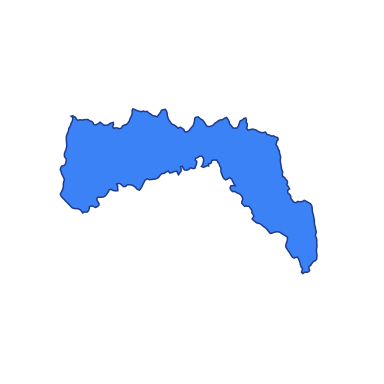 Bom Jesus do Itabapoana, Rio de Janeiro, Brazil (Robinson projection), rotated 138°
{"feature_id": "56859067B13557448343202", "entity_name": "Bom Jesus do Itabapoana", "entity_type": "district", "adm_level": 2, "iso_a3": "BRA", "parent_name": "Brazil", "parent_adm1": "Rio de Janeiro", "projection": "robinson", "projection_center": [-41.691, -21.09], "detail": "fine", "context": "isolated", "style": "filled", "palette": "blue", "viewbox_px": 384, "rotation_deg": 138, "n_neighbors": 0, "source": "geoboundaries", "source_scale": "gbopen_adm2", "svg_char_len": 5294}
<svg xmlns="http://www.w3.org/2000/svg" viewBox="0 0 384 384"><g transform="rotate(138 192 192)"><path d="M200.2,224.4L198.0,224.2L195.7,223.5L195.8,221.0L194.1,219.9L191.5,219.1L189.3,217.5L190.1,215.6L190.5,213.8L188.1,214.4L186.3,214.8L184.9,216.0L183.5,218.4L181.9,217.5L182.8,215.0L182.7,213.2L181.0,211.5L179.3,211.0L176.9,210.9L175.3,208.4L173.9,207.7L171.4,209.1L169.3,210.2L168.0,211.5L168.2,213.9L166.6,214.5L164.2,213.7L162.1,213.5L160.6,211.8L161.2,208.7L162.6,207.4L164.1,206.3L165.4,205.2L167.9,204.7L167.0,202.6L165.1,202.0L163.6,201.8L162.2,200.2L161.0,201.9L159.6,201.0L158.0,200.8L156.2,202.3L154.1,200.9L152.2,199.0L152.9,196.7L152.9,194.8L153.9,193.2L154.2,191.2L155.5,189.3L156.9,187.7L158.1,185.1L158.9,182.8L159.3,180.8L158.9,178.5L157.0,177.8L154.5,177.7L153.9,175.0L154.7,172.6L155.2,170.4L155.7,167.7L157.1,169.2L158.8,170.6L160.9,169.7L161.7,168.0L161.7,165.3L159.8,163.6L159.2,161.2L158.2,159.4L157.7,157.7L157.9,155.0L159.1,152.7L160.8,151.9L162.6,150.3L162.5,148.4L162.5,146.2L161.0,145.1L159.2,143.3L159.5,140.7L159.9,137.8L161.5,136.5L161.6,134.3L162.3,132.6L163.9,132.2L165.4,131.7L165.2,129.2L164.6,125.7L163.0,123.5L162.3,121.7L162.1,119.5L161.7,117.3L161.3,115.5L161.3,113.8L161.5,111.2L161.6,108.9L160.2,107.9L158.3,107.3L156.0,106.0L154.5,104.6L153.6,103.1L153.0,100.5L152.1,97.6L151.3,94.5L153.7,92.2L155.8,91.0L157.9,89.8L159.2,88.0L159.8,84.3L160.0,82.0L160.4,80.1L160.7,78.3L161.0,76.3L160.4,74.6L158.8,74.0L157.3,73.1L157.5,71.1L158.2,69.3L158.8,67.4L159.9,65.8L161.1,63.3L161.0,61.4L162.4,60.2L164.4,59.1L164.2,57.2L161.9,57.0L160.2,55.3L158.8,54.8L157.1,54.9L156.2,57.0L154.9,58.5L153.2,58.0L150.9,58.6L148.7,59.1L146.1,58.5L144.6,58.5L143.2,59.7L141.5,61.3L140.2,63.2L139.0,65.0L137.2,66.6L135.6,67.9L134.5,69.2L133.5,70.5L132.3,71.8L130.8,73.6L130.1,75.5L129.3,77.3L127.9,78.1L126.3,79.1L125.1,81.5L123.9,83.5L122.8,85.7L121.2,87.8L119.9,89.2L118.8,91.1L117.1,94.0L116.0,96.2L114.8,97.9L113.3,99.8L112.1,101.9L111.8,104.1L112.4,105.7L113.2,108.2L114.2,110.8L116.2,111.0L118.3,112.5L119.8,114.3L121.8,114.4L123.2,116.4L123.0,118.5L122.8,121.1L121.3,123.1L121.0,125.0L121.4,127.1L120.0,129.2L117.4,129.0L116.7,132.2L116.7,134.1L114.8,134.9L113.8,136.7L113.8,139.0L113.5,140.9L114.2,143.0L112.9,144.8L111.0,146.4L110.4,148.6L109.0,150.7L107.4,153.2L106.0,155.5L104.1,157.5L102.7,158.7L101.9,160.3L101.0,162.2L99.7,163.9L99.1,166.3L98.2,168.4L97.9,171.0L96.2,172.1L94.8,173.1L92.9,173.2L91.9,175.1L93.1,176.9L93.8,179.2L95.3,180.1L96.3,182.3L97.7,184.6L97.3,187.4L98.7,188.2L100.1,189.0L101.4,190.8L102.4,193.0L102.9,195.1L103.8,196.7L105.2,198.5L107.3,199.6L109.0,200.3L108.8,202.7L106.4,204.4L105.3,205.8L104.9,207.9L103.3,209.1L102.5,211.1L104.4,211.9L106.7,211.9L108.6,212.6L110.3,211.8L111.9,210.8L113.5,210.0L115.4,209.4L117.3,210.6L118.7,212.3L118.4,215.2L118.4,217.6L117.3,219.5L116.6,222.0L116.5,224.4L118.7,225.1L121.0,225.3L122.4,226.4L124.3,227.3L126.7,227.4L129.0,227.8L131.6,227.5L133.6,228.1L135.3,229.0L136.9,230.7L136.6,233.3L136.0,236.4L136.1,239.0L136.8,240.6L137.1,243.7L138.9,244.9L140.7,245.0L142.5,243.2L144.7,241.7L146.9,240.5L148.5,240.4L150.8,240.1L152.2,239.7L153.8,239.7L155.8,240.2L157.1,241.9L156.2,243.9L156.8,246.3L157.4,248.1L159.8,248.8L159.8,251.2L160.4,253.7L161.5,256.0L161.2,259.3L160.8,261.9L159.7,264.2L158.9,265.8L157.6,267.4L156.8,269.2L156.5,271.3L158.0,272.2L159.9,273.2L162.2,272.3L164.1,271.9L165.9,271.6L167.5,271.1L168.7,273.3L170.2,275.3L170.6,277.7L171.3,279.9L171.4,282.0L173.0,283.0L174.1,284.9L175.6,285.4L177.1,287.1L178.4,289.3L179.4,291.7L180.3,293.4L181.8,292.8L183.4,290.9L185.5,289.2L187.2,288.7L189.2,287.8L191.2,286.7L193.3,286.2L195.5,286.0L197.4,287.0L199.5,287.6L201.8,286.7L203.6,287.7L204.7,289.7L206.1,291.0L207.6,291.8L207.2,293.8L205.1,294.7L203.9,296.4L205.9,297.3L207.4,298.0L209.0,297.8L211.1,299.0L212.8,300.7L213.2,303.1L213.6,305.4L216.1,305.5L218.7,306.3L219.9,308.0L219.2,309.7L219.3,311.7L220.5,313.4L220.8,315.4L223.0,317.4L225.7,319.1L226.8,320.6L229.0,321.7L229.1,323.6L228.6,325.5L229.7,328.5L231.1,329.2L230.8,327.1L232.1,325.8L234.0,324.5L236.5,323.7L238.1,322.5L239.7,322.1L241.4,321.5L242.7,320.2L244.2,319.4L246.1,318.6L248.5,317.1L250.4,315.0L252.1,312.8L253.3,311.2L254.6,309.7L256.9,308.1L258.7,307.2L261.1,306.0L263.2,303.5L263.2,300.9L264.7,299.3L266.2,298.2L268.3,297.1L270.0,297.6L271.7,298.5L273.3,297.8L275.0,296.7L275.5,294.9L276.6,292.9L277.2,290.6L277.8,288.5L278.6,286.5L280.7,285.3L282.2,284.2L283.5,282.6L285.5,280.9L287.0,280.3L288.6,279.5L291.2,278.7L292.1,276.3L292.1,274.2L291.6,260.3L290.3,258.2L287.6,255.5L286.9,253.1L287.2,249.5L285.4,249.2L283.5,247.3L281.5,247.3L279.3,248.5L278.0,249.8L276.6,249.2L275.0,247.7L274.2,245.2L272.6,244.5L270.2,244.4L268.8,245.7L268.4,248.2L267.5,250.7L265.4,251.1L263.7,249.5L261.3,247.7L259.4,247.1L257.1,247.4L255.6,247.7L253.8,248.2L252.1,249.0L250.5,248.3L249.6,245.9L248.1,244.0L246.2,242.6L244.8,244.5L243.5,245.8L242.6,248.5L240.0,246.8L239.5,244.2L239.3,241.9L237.6,240.5L235.5,240.8L233.4,239.1L232.0,237.2L231.2,235.2L230.9,233.4L230.9,230.7L229.9,228.5L227.3,228.9L225.2,229.7L222.8,230.7L220.7,231.5L218.9,232.2L216.5,231.8L215.3,229.5L214.0,228.6L212.4,227.6L210.8,226.3L208.6,225.4L206.6,225.3L204.4,225.8L201.9,225.8L200.2,224.4Z" fill="#3b82f6" stroke="#1e3a8a" stroke-width="1.5"/></g></svg>